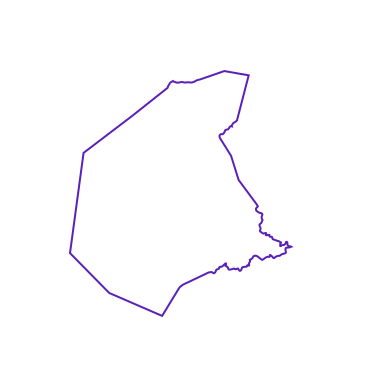 El Rosario, Olancho, Honduras (orthographic projection), rotated 121°
{"feature_id": "27666195B45441120072404", "entity_name": "El Rosario", "entity_type": "district", "adm_level": 2, "iso_a3": "HND", "parent_name": "Honduras", "parent_adm1": "Olancho", "projection": "orthographic", "projection_center": [-86.7, 14.904], "detail": "fine", "context": "isolated", "style": "outline", "palette": "violet", "viewbox_px": 384, "rotation_deg": 121, "n_neighbors": 0, "source": "geoboundaries", "source_scale": "gbopen_adm2", "svg_char_len": 5543}
<svg xmlns="http://www.w3.org/2000/svg" viewBox="0 0 384 384"><g transform="rotate(121 192 192)"><path d="M157.9,282.6L214.3,305.1L307.2,265.1L321.2,210.9L313.6,153.8L281.5,153.6L280.2,153.5L279.4,153.3L278.4,152.9L275.9,151.9L252.4,136.3L251.7,135.4L251.0,134.8L250.9,134.6L250.7,134.3L250.6,133.9L250.5,133.5L250.5,133.0L250.5,132.1L250.4,131.6L250.4,131.4L250.2,131.2L249.8,131.0L249.6,130.9L249.1,130.8L248.7,130.8L248.3,130.8L246.7,131.0L245.9,131.0L245.6,130.9L245.2,130.4L244.7,130.0L244.2,129.6L243.7,129.5L243.3,129.5L243.0,129.6L242.6,129.8L242.4,129.8L242.1,129.8L241.9,129.7L241.7,129.3L240.9,128.3L240.6,128.1L240.4,127.9L240.1,127.8L239.4,127.5L236.8,126.8L236.2,126.5L236.0,126.4L235.8,126.3L235.7,126.2L235.8,125.9L236.3,125.7L237.8,125.1L238.0,125.1L238.0,124.2L238.1,122.9L238.1,122.6L238.2,122.4L238.4,122.2L239.0,121.5L239.2,121.2L239.4,120.9L239.4,120.7L239.4,120.2L239.2,119.9L239.0,119.6L238.6,119.1L237.4,117.8L236.7,117.2L236.2,116.8L236.1,116.7L235.8,115.0L235.8,114.8L235.0,114.1L234.1,113.4L233.9,113.1L234.8,111.4L234.9,111.2L235.0,110.8L234.9,110.5L234.8,110.2L234.6,110.0L234.4,109.9L234.1,109.8L233.4,109.7L233.0,109.8L232.1,109.9L231.1,110.1L230.7,110.1L230.4,109.9L230.0,109.4L229.4,108.8L229.0,108.3L228.4,107.5L228.1,107.0L227.9,106.8L227.8,106.7L227.5,106.7L227.0,106.9L226.7,106.9L226.3,106.7L226.1,106.6L226.0,106.4L225.9,106.3L225.9,106.1L226.0,105.8L225.9,105.6L225.8,105.4L225.7,105.3L225.6,105.2L225.4,105.2L225.1,105.4L224.7,105.8L224.4,106.2L224.2,106.3L223.7,106.4L223.1,106.5L222.7,106.5L222.1,106.4L221.8,106.5L221.5,106.6L221.0,106.8L220.8,107.0L220.6,107.3L220.3,107.5L220.2,107.4L219.9,107.1L219.4,106.9L218.9,106.6L218.6,106.5L218.2,106.3L217.8,106.2L217.3,106.2L216.5,106.2L215.9,106.2L215.6,106.2L215.3,106.1L214.9,105.9L214.7,105.7L214.4,105.5L214.3,105.3L214.0,105.0L213.9,104.6L213.7,104.2L213.6,103.9L213.5,103.6L213.5,102.8L213.5,102.3L213.8,99.9L214.1,97.5L214.1,97.1L214.0,96.9L213.9,96.7L213.5,96.5L213.1,96.3L212.5,96.1L212.3,96.0L210.1,95.0L209.7,94.7L208.9,94.1L208.4,93.6L208.1,93.1L208.0,92.7L207.8,92.3L207.7,92.2L207.1,92.2L206.9,92.3L206.6,92.5L206.2,92.6L205.9,92.7L205.7,92.5L205.7,92.1L205.9,90.5L205.9,90.4L206.1,90.0L206.2,89.8L206.4,89.1L206.5,88.4L206.6,88.1L206.5,87.8L206.4,87.7L206.1,87.5L204.6,86.9L204.0,86.6L203.7,86.4L203.1,86.0L202.6,85.5L202.1,84.9L201.7,84.2L201.3,83.9L201.1,83.8L200.3,83.5L199.4,83.1L198.9,82.8L198.4,82.4L197.8,81.7L197.0,81.0L196.7,80.8L196.3,80.5L195.8,80.3L195.6,80.3L194.5,81.1L194.0,81.6L193.2,82.2L192.5,82.6L192.3,82.7L192.0,82.7L191.7,82.7L191.2,82.4L190.6,81.7L189.7,80.4L189.1,79.8L188.7,79.4L188.3,79.1L187.9,79.0L187.8,78.9L187.8,79.0L188.0,79.5L188.5,81.4L188.5,81.7L188.5,82.1L188.4,82.3L188.3,82.6L188.1,82.8L188.0,83.0L187.8,83.2L187.4,83.4L187.2,83.5L186.9,83.9L186.7,84.0L186.3,84.3L186.1,84.4L186.0,84.6L185.9,84.8L185.9,85.0L186.0,85.2L186.2,85.4L186.3,85.5L186.8,85.5L187.4,85.4L188.5,85.4L188.9,85.4L189.4,85.6L189.7,85.7L189.9,85.9L190.1,86.1L190.3,86.5L190.5,86.7L191.2,87.4L191.4,87.5L191.5,87.6L192.1,87.7L192.4,87.9L192.6,88.1L192.7,88.3L192.8,88.5L192.7,88.6L192.5,88.8L191.5,89.4L190.9,89.6L190.7,89.7L190.2,89.5L189.9,89.6L189.5,89.7L189.5,89.8L189.4,89.9L189.4,90.1L189.5,90.6L189.5,91.8L189.5,92.3L189.5,92.6L189.6,92.9L189.9,93.6L190.1,94.8L190.6,97.2L190.7,97.9L190.8,98.3L190.8,98.5L190.7,98.7L190.6,98.9L190.5,99.1L190.3,99.3L190.0,99.5L189.7,99.7L189.5,100.0L189.4,100.3L189.3,100.6L189.4,100.9L189.5,101.1L189.7,101.4L190.0,101.7L190.1,101.9L190.1,102.1L190.2,102.3L190.1,102.6L190.0,102.8L189.9,102.9L189.7,103.2L189.5,103.3L189.3,103.8L189.3,104.0L189.2,104.0L189.3,104.2L190.6,105.7L190.8,106.1L190.9,106.4L190.9,106.5L189.6,107.0L189.2,107.1L189.1,107.4L189.2,107.6L189.4,107.9L190.7,109.3L190.9,109.5L191.0,110.1L190.9,110.7L190.8,112.2L190.7,113.0L190.6,113.4L190.5,113.5L190.4,113.7L190.2,113.8L189.5,114.0L189.4,114.0L189.2,114.0L188.0,114.4L187.7,114.6L187.5,114.9L187.1,115.3L186.6,116.1L186.3,116.5L185.8,117.0L185.5,117.2L185.3,117.3L185.1,117.3L184.7,117.3L184.1,117.1L183.2,116.8L183.0,116.7L182.6,116.7L182.1,116.7L181.8,116.8L181.3,116.9L180.4,117.1L179.9,117.1L179.7,117.1L179.4,117.5L179.2,117.8L178.9,118.3L178.7,118.6L178.3,119.0L177.9,119.2L177.5,119.5L177.1,119.6L176.8,119.7L176.0,119.8L175.3,120.0L174.9,120.2L174.7,120.4L174.6,120.5L174.4,120.9L174.4,121.3L174.6,121.9L174.9,122.8L175.0,123.2L175.0,123.5L175.0,124.0L175.1,124.4L175.1,125.3L175.0,126.2L174.9,126.9L174.8,127.3L174.5,127.7L174.3,127.9L174.1,128.1L173.7,128.4L173.5,128.5L173.3,128.5L173.0,128.6L172.6,128.6L172.1,128.5L171.3,128.4L170.6,128.1L169.5,129.5L169.4,129.9L157.7,158.2L140.9,177.1L131.2,196.1L130.5,196.8L130.1,197.0L129.5,197.4L129.3,197.5L129.1,197.5L128.8,197.5L128.4,197.4L128.2,197.4L127.9,197.2L127.5,196.9L127.3,196.7L127.1,196.4L127.0,196.2L126.9,195.9L126.8,195.6L126.5,195.4L126.1,195.3L125.5,195.1L124.8,195.0L123.5,195.1L122.1,195.3L121.9,195.3L121.7,195.2L121.2,194.9L120.7,194.4L120.0,193.7L119.8,193.5L119.6,193.4L119.4,193.3L118.8,193.3L117.7,193.1L116.9,193.2L116.6,193.2L116.4,193.1L116.1,193.0L115.8,192.8L115.6,192.5L115.4,192.2L115.2,191.6L114.7,192.2L113.6,192.2L111.7,192.1L110.6,191.6L110.3,191.4L109.6,191.0L108.7,190.6L107.4,190.3L106.5,190.6L62.8,203.5L71.7,226.6L91.3,243.0L93.7,245.4L96.2,246.8L98.1,248.4L99.0,249.9L100.3,252.5L101.5,253.9L102.1,255.0L102.6,256.5L103.0,257.6L104.1,258.7L104.8,259.4L105.9,261.0L106.3,262.1L106.8,264.7L106.6,265.4L108.3,266.4L109.7,267.0L113.2,267.0L115.3,266.6L157.9,282.6Z" fill="none" stroke="#5b21b6" stroke-width="2"/></g></svg>